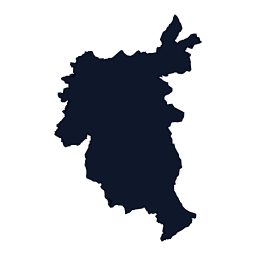 outline of Lashio, Shan, Myanmar
{"feature_id": "60261553B9019752921327", "entity_name": "Lashio", "entity_type": "district", "adm_level": 2, "iso_a3": "MMR", "parent_name": "Myanmar", "parent_adm1": "Shan", "projection": "orthographic", "projection_center": [98.2, 22.767], "detail": "fine", "context": "isolated", "style": "filled", "palette": "ink", "viewbox_px": 256, "rotation_deg": 0, "n_neighbors": 0, "source": "geoboundaries", "source_scale": "gbopen_adm2", "svg_char_len": 5745}
<svg xmlns="http://www.w3.org/2000/svg" viewBox="0 0 256 256"><path d="M71.1,63.0L70.8,64.5L71.9,66.6L74.1,66.9L73.7,71.9L74.5,73.1L75.5,73.5L75.5,74.1L73.7,74.8L74.2,76.1L73.5,76.8L72.1,76.6L72.9,74.8L72.8,74.4L71.6,74.5L70.3,75.1L69.8,76.9L67.2,76.4L66.1,76.7L65.1,77.4L63.3,77.5L61.8,78.4L61.8,78.9L62.8,79.8L64.7,80.3L65.6,82.7L67.5,83.1L67.9,82.7L69.1,83.6L69.3,87.9L69.0,88.4L67.2,88.1L64.2,89.2L63.6,93.5L62.5,93.8L60.5,93.2L58.5,93.3L58.5,95.0L59.0,96.6L59.9,97.4L61.5,97.9L62.3,99.0L61.4,100.2L61.5,101.0L62.3,101.5L64.7,101.6L67.2,99.4L69.7,100.9L68.6,101.1L68.5,102.0L68.0,102.5L68.2,103.1L68.5,102.8L68.9,103.1L69.0,103.7L67.7,103.6L68.0,105.3L67.1,105.4L66.5,106.3L67.3,107.0L65.9,107.3L66.3,108.4L65.5,108.6L65.5,109.5L66.4,109.4L66.7,110.0L65.7,110.7L65.7,111.3L64.6,111.4L64.8,110.8L64.2,110.8L63.7,110.9L63.9,111.4L63.7,111.7L63.2,111.7L63.8,112.6L64.9,113.3L65.4,114.4L65.3,115.7L66.0,116.5L63.1,119.3L61.6,121.5L60.9,121.7L59.1,123.8L57.2,125.1L57.3,126.4L59.0,127.1L58.9,127.6L58.6,128.5L57.2,129.9L56.3,131.6L55.5,132.0L55.9,132.7L55.1,134.1L56.4,135.5L57.5,135.8L59.5,137.2L61.1,137.4L62.0,138.0L61.9,141.3L63.1,141.6L64.1,145.2L65.4,146.5L68.7,145.5L69.9,145.5L70.3,144.4L71.0,144.3L76.4,144.2L77.3,144.5L77.4,144.9L78.5,144.1L78.7,144.5L79.5,144.1L81.3,141.5L81.7,141.6L81.7,140.8L82.5,140.9L85.2,138.3L86.2,138.2L85.8,137.2L86.4,136.5L86.6,135.3L86.2,134.6L86.9,133.5L87.9,133.1L88.2,134.3L90.7,135.3L91.5,136.0L91.7,136.5L91.3,137.2L91.5,139.1L91.1,141.4L90.3,141.5L90.5,143.1L89.2,145.2L89.1,147.7L85.4,154.7L85.8,157.5L86.6,158.0L86.5,159.5L85.7,161.0L86.1,162.7L85.5,163.5L85.4,165.3L86.4,167.3L87.3,171.3L87.0,172.1L87.3,173.8L86.9,174.8L86.9,177.0L87.2,177.7L91.5,179.5L93.7,180.9L96.3,181.0L98.8,182.9L100.1,182.8L101.0,182.0L101.5,182.2L102.2,184.3L102.1,185.5L101.1,186.6L101.8,187.9L104.3,189.9L105.0,191.0L105.5,195.6L105.2,196.0L105.6,197.3L106.6,198.5L107.4,198.2L108.1,199.9L108.5,199.4L108.6,201.1L109.6,199.7L110.9,200.5L110.9,201.1L111.3,201.2L110.9,201.6L110.3,201.0L109.7,201.7L111.1,202.8L110.5,203.4L110.1,203.0L109.0,203.3L109.7,203.9L109.2,203.9L108.8,204.5L110.6,207.0L111.2,206.9L111.2,206.4L111.9,206.9L112.7,206.6L114.2,204.9L116.8,204.0L118.7,204.7L121.2,204.7L122.9,205.1L125.2,207.9L125.3,209.6L125.8,210.7L125.8,213.3L129.4,212.0L132.1,209.2L133.7,209.4L134.8,208.8L140.9,208.0L142.8,207.5L143.9,206.3L145.3,207.4L147.1,210.5L148.1,211.0L148.9,213.2L149.5,213.5L150.2,213.1L150.7,212.2L152.8,213.2L157.0,212.1L156.9,213.3L157.9,215.4L156.3,215.9L156.1,216.6L157.7,218.0L157.5,219.2L158.0,220.0L157.3,220.6L157.2,221.0L157.7,221.5L158.6,221.5L158.7,222.2L159.8,222.0L160.3,222.7L161.1,222.7L161.8,223.6L162.9,223.1L163.7,224.1L164.1,226.2L163.4,229.3L163.6,229.9L163.0,230.8L163.3,231.8L164.8,233.0L163.0,234.4L162.6,234.4L161.7,237.2L161.0,238.2L161.0,238.9L161.5,239.3L161.9,240.6L162.8,240.5L164.1,239.1L165.3,239.4L166.0,238.1L167.5,238.7L168.1,238.7L168.6,238.0L170.4,238.3L171.8,235.9L175.4,234.0L176.7,232.1L181.6,229.5L184.0,227.8L184.9,226.8L187.5,226.3L188.6,225.6L189.4,224.4L189.5,223.6L191.1,222.6L191.6,219.9L190.9,219.0L190.8,217.6L193.5,217.4L194.4,217.9L195.3,217.5L195.6,214.8L195.0,214.1L189.0,212.2L184.9,209.6L182.1,206.7L181.2,204.0L179.4,202.2L179.2,201.1L178.3,200.2L178.2,198.9L176.1,195.9L175.1,193.3L173.4,190.7L173.3,184.3L174.9,184.0L174.9,183.4L174.3,182.5L175.0,180.0L175.9,178.7L176.0,176.9L177.8,175.3L178.5,174.0L178.2,172.8L178.6,172.1L179.0,168.7L181.3,167.4L181.4,166.4L181.0,166.0L180.5,160.0L178.5,157.5L178.2,154.6L174.6,148.2L173.7,144.4L172.4,144.7L171.9,144.0L171.6,139.1L170.1,136.9L169.9,135.8L171.2,133.7L167.5,128.2L167.4,127.5L167.7,126.9L169.8,125.7L170.5,123.0L171.8,121.4L172.9,121.7L173.4,121.4L175.5,121.3L177.5,121.6L181.5,120.8L182.0,119.0L183.3,116.9L183.6,112.8L174.0,107.8L171.8,104.5L169.1,104.8L168.1,105.3L166.9,105.0L166.3,103.9L166.3,102.5L165.5,101.2L163.8,100.0L163.6,96.8L165.2,94.8L168.3,93.7L171.4,91.5L171.8,90.5L171.7,88.5L168.2,86.1L167.7,85.2L167.4,83.0L166.3,82.9L162.5,80.9L161.2,79.5L157.7,77.7L158.9,77.0L159.0,76.4L159.8,75.8L161.6,76.4L161.4,75.3L161.9,74.5L163.7,74.6L164.0,74.7L164.0,75.4L165.5,75.8L166.9,75.8L167.6,75.1L166.6,74.3L166.5,73.7L173.0,72.5L174.0,71.8L176.6,71.6L178.3,73.0L181.8,73.4L183.6,72.6L186.7,69.9L189.1,71.0L189.8,70.7L190.6,69.6L189.9,63.2L190.2,62.4L189.2,58.2L188.2,57.0L190.0,55.6L190.2,54.9L189.7,54.1L188.4,54.2L188.3,53.5L187.4,52.9L184.5,51.8L184.5,49.9L185.7,49.2L185.8,48.0L187.1,46.8L188.0,46.6L189.4,47.5L190.2,47.0L190.5,46.0L191.3,45.7L191.6,46.4L191.2,48.1L191.9,48.1L194.0,44.2L199.5,42.8L200.9,41.9L199.6,41.1L199.0,38.4L198.6,37.9L196.7,37.6L196.2,36.4L195.9,34.4L193.8,34.3L190.8,35.2L189.9,36.6L187.7,38.5L184.9,39.7L184.0,40.5L182.3,40.6L181.6,41.1L180.1,41.4L177.1,43.9L175.7,42.3L174.2,41.4L174.2,39.7L175.6,38.7L176.2,37.1L177.7,35.1L178.3,32.4L180.3,31.0L181.7,28.3L180.4,24.0L178.7,21.6L178.4,20.0L176.5,16.6L175.0,15.4L173.8,17.8L173.7,19.3L172.9,21.5L171.0,24.1L169.8,24.7L169.1,26.6L167.7,27.7L166.4,30.6L163.5,32.5L160.7,39.5L162.5,42.4L162.6,44.5L162.3,45.3L161.3,46.0L161.1,47.1L160.6,47.7L157.7,47.9L157.3,48.4L156.9,51.6L157.2,52.9L151.8,53.8L149.1,53.7L148.1,54.3L147.0,54.1L145.6,53.3L145.2,52.4L144.4,52.7L143.1,52.5L142.3,53.1L139.7,53.6L139.7,52.2L138.7,51.1L137.3,51.7L133.9,55.0L130.9,56.6L129.4,56.5L126.9,56.0L124.7,54.4L123.2,52.9L122.3,51.1L121.6,50.9L120.8,51.1L113.4,57.7L111.7,58.7L108.8,58.6L108.2,59.4L106.0,59.5L103.7,60.2L102.9,60.0L103.0,59.0L98.7,59.3L97.8,58.0L94.9,57.1L93.0,54.6L92.1,52.1L91.5,51.7L88.4,51.9L87.9,52.8L86.1,52.6L85.8,52.1L85.5,52.2L85.1,53.9L82.9,55.0L82.0,56.2L80.6,56.8L79.0,56.7L78.1,57.8L76.6,58.3L76.5,59.0L77.1,60.6L76.4,62.8L75.0,63.7L71.1,63.0Z" fill="#0f172a" stroke="#020617" stroke-width="1.5"/></svg>